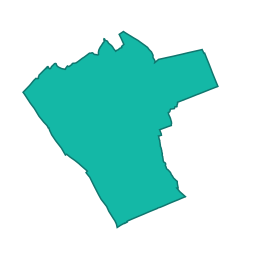 Prundu, Giurgiu, Romania (Mercator projection), rotated 79°
{"feature_id": "2599482B89662234668465", "entity_name": "Prundu", "entity_type": "district", "adm_level": 2, "iso_a3": "ROU", "parent_name": "Romania", "parent_adm1": "Giurgiu", "projection": "mercator", "projection_center": [26.231, 44.069], "detail": "fine", "context": "isolated", "style": "filled", "palette": "teal", "viewbox_px": 256, "rotation_deg": 79, "n_neighbors": 0, "source": "geoboundaries", "source_scale": "gbopen_adm2", "svg_char_len": 5336}
<svg xmlns="http://www.w3.org/2000/svg" viewBox="0 0 256 256"><g transform="rotate(79 128 128)"><path d="M72.9,224.2L74.8,223.3L85.3,219.0L91.0,216.2L99.5,213.1L106.1,209.6L110.2,207.0L111.8,206.5L112.8,206.2L112.8,205.7L115.7,205.3L116.8,205.0L120.1,204.2L126.7,201.4L135.0,197.2L141.4,195.0L142.6,194.6L142.1,193.2L142.7,192.7L145.5,190.4L149.6,186.4L153.6,183.0L155.9,181.3L162.6,176.1L163.8,177.7L167.5,175.8L167.6,175.7L169.1,174.9L177.9,172.5L187.5,169.7L192.5,168.1L192.8,168.0L201.0,163.9L206.1,162.7L213.9,159.7L214.6,159.4L216.5,158.6L218.4,158.1L220.1,157.7L223.6,157.6L222.1,153.9L220.7,149.5L221.0,149.4L220.2,146.8L219.8,147.0L219.6,147.0L219.5,146.7L219.0,145.3L218.9,145.2L218.8,144.9L218.8,144.4L218.4,142.6L217.8,139.9L216.7,134.6L215.6,129.3L214.4,123.9L212.5,114.4L212.2,113.9L212.1,113.2L212.0,111.8L211.3,108.2L210.2,103.3L209.4,99.6L208.6,95.6L208.0,92.4L207.3,89.3L207.0,87.9L206.4,85.0L206.5,84.9L206.4,84.7L205.9,85.1L200.4,89.3L196.3,91.5L196.4,90.2L193.1,90.2L192.5,90.2L191.0,90.1L190.7,90.0L190.2,89.9L189.9,89.9L189.5,90.0L189.3,90.2L188.7,90.8L188.1,91.2L187.8,91.4L186.9,92.0L186.3,92.5L185.6,92.9L185.0,93.1L183.8,93.5L183.1,93.8L182.1,94.3L181.8,94.4L181.4,94.5L181.1,94.5L179.9,94.8L179.7,94.9L178.7,95.4L178.3,95.7L176.8,96.6L176.6,96.8L176.0,97.4L175.5,97.8L175.3,97.9L174.5,98.0L173.8,98.0L172.6,98.3L172.1,98.5L171.8,98.4L171.1,98.1L170.8,98.0L170.6,97.9L170.3,97.9L169.7,98.0L169.3,98.2L169.0,98.5L168.5,99.2L168.3,99.3L167.9,99.4L167.6,99.6L167.4,99.6L167.1,99.6L166.3,99.7L166.0,99.6L164.4,99.5L163.6,99.5L163.0,99.4L162.6,99.4L162.3,99.5L161.4,99.6L160.8,99.6L160.7,99.5L160.3,99.3L160.1,99.3L159.8,99.2L159.6,99.2L159.3,99.2L158.6,99.3L158.2,99.3L157.5,99.3L157.1,99.3L156.4,99.2L155.6,99.3L155.3,99.3L154.9,99.3L154.5,99.3L153.4,99.4L153.1,99.4L152.7,99.6L152.4,99.7L151.8,99.7L151.6,99.7L151.1,99.5L150.6,99.5L150.2,99.5L149.5,99.5L148.8,99.4L147.3,99.4L146.6,99.3L146.2,99.2L145.2,99.5L144.8,99.5L144.4,99.5L143.7,99.6L143.3,99.6L143.0,99.5L142.7,99.4L142.2,99.4L142.0,99.5L141.7,99.6L141.5,96.6L141.4,96.6L140.1,96.5L139.4,96.6L139.2,96.7L136.5,97.1L136.1,97.2L135.7,97.3L135.6,96.4L135.0,92.9L134.9,92.1L134.3,88.6L134.1,87.2L133.8,85.0L133.2,85.0L132.8,84.8L131.9,84.4L131.0,84.3L130.4,84.2L129.4,84.3L128.7,84.4L127.1,84.5L126.8,84.5L126.3,84.6L125.3,84.8L123.1,85.4L122.6,85.5L121.9,85.5L121.2,85.5L120.5,85.5L120.3,84.5L120.2,84.3L120.1,84.1L119.8,83.8L118.6,83.2L117.9,83.0L117.8,82.9L117.7,82.8L117.6,82.7L117.8,78.8L117.2,78.4L116.2,78.0L116.2,77.2L116.4,76.6L116.5,76.1L116.2,75.8L115.9,75.7L114.8,75.5L113.6,74.7L112.2,74.5L110.7,66.3L110.6,65.9L110.5,65.1L108.3,53.6L108.1,52.2L106.1,41.6L105.9,40.7L104.3,31.8L99.4,32.8L91.8,34.3L89.2,34.8L86.7,35.2L80.6,36.3L75.0,37.4L69.1,38.5L69.1,39.2L67.3,39.7L65.1,40.3L65.2,41.1L65.6,55.0L65.8,59.6L65.9,61.8L66.0,65.1L66.0,65.7L66.1,67.5L66.2,70.7L66.3,76.9L66.4,80.2L66.5,84.9L67.8,87.2L68.3,88.1L68.9,89.0L69.0,89.3L68.1,88.9L67.8,88.8L67.5,88.8L67.1,88.8L66.0,89.1L63.9,89.9L63.5,90.0L63.3,90.0L63.0,89.9L62.1,89.7L61.9,89.6L61.7,89.6L61.1,89.6L58.0,90.4L57.7,90.5L56.1,91.6L54.9,92.4L53.1,93.2L52.5,93.5L52.2,93.8L50.7,95.2L50.2,95.6L49.6,96.2L46.5,99.1L46.1,99.5L44.2,101.2L41.8,103.9L40.6,105.3L35.1,111.3L34.2,112.3L32.4,114.1L33.1,115.7L34.4,118.8L38.0,117.8L45.1,116.1L46.7,118.7L47.0,118.8L47.5,118.8L47.9,118.8L48.1,120.4L48.3,121.1L48.8,121.9L49.1,122.1L49.2,122.4L49.3,122.6L49.5,123.7L49.5,124.0L49.7,124.4L50.3,125.4L49.3,125.9L49.2,126.0L47.8,126.8L45.4,127.7L43.9,128.5L42.4,129.8L41.9,130.2L41.7,130.4L40.9,131.0L40.6,131.1L40.1,131.2L39.7,131.4L39.1,131.6L38.8,131.8L38.5,132.0L38.3,132.5L38.0,132.9L37.9,133.2L37.7,133.4L37.3,133.7L36.7,133.9L36.1,134.0L35.8,134.5L36.1,134.7L36.5,134.8L37.6,134.8L38.0,134.8L38.5,134.9L38.8,135.1L39.1,135.3L39.4,135.8L39.7,136.1L39.9,136.4L40.0,136.7L40.1,136.8L40.5,136.9L42.5,138.9L43.2,139.7L44.1,140.4L45.5,141.5L46.7,142.1L47.5,142.4L48.1,142.6L48.9,142.8L50.1,142.9L50.4,143.0L50.8,143.2L50.6,143.2L50.4,144.2L50.1,144.7L49.9,145.1L49.4,146.9L49.3,147.1L47.8,148.1L47.4,148.6L47.3,148.8L47.3,149.2L47.5,149.8L47.2,151.6L50.1,157.5L50.2,157.8L50.8,159.4L53.7,165.3L53.7,165.6L54.0,166.0L54.2,166.8L54.2,167.2L54.2,167.7L54.2,168.5L54.0,169.2L54.0,169.5L54.0,169.8L54.0,170.0L54.2,170.4L54.3,170.6L54.5,170.7L55.0,171.1L55.2,171.4L55.6,172.5L56.1,173.4L56.2,173.6L56.3,173.6L56.4,173.9L56.4,174.2L56.4,174.5L56.2,174.7L56.1,174.9L55.9,175.1L55.7,175.4L55.8,175.5L55.6,175.6L55.7,175.8L56.0,176.2L57.7,178.0L57.8,177.9L58.1,178.0L58.3,178.1L58.5,178.4L58.5,178.6L58.3,179.0L58.2,178.9L58.1,179.1L57.9,179.6L57.5,180.7L57.3,181.2L56.5,182.6L56.2,182.9L55.3,184.2L54.7,184.9L53.5,185.8L53.3,185.9L52.9,186.1L52.7,186.1L51.7,186.2L51.4,186.3L51.2,186.3L51.0,186.5L50.9,186.6L50.8,186.9L50.8,187.8L50.9,188.0L51.0,188.1L51.9,189.4L52.4,190.2L52.9,191.0L53.0,191.1L53.3,191.5L53.6,191.7L54.5,192.4L54.7,192.7L54.8,192.9L54.9,193.0L54.9,193.5L54.7,193.9L54.5,194.1L54.4,194.2L53.5,194.4L53.0,194.6L52.7,194.7L52.5,194.8L52.5,195.0L52.4,195.3L52.4,195.5L52.6,195.7L52.9,195.7L53.2,195.7L53.4,195.7L53.5,195.9L53.6,196.2L53.6,196.3L53.5,196.5L53.4,196.7L53.5,196.8L53.4,196.8L59.1,205.2L59.8,205.5L61.0,206.3L61.4,206.4L61.9,206.4L62.1,206.4L62.3,206.7L62.2,207.6L62.0,208.5L61.7,208.9L63.3,211.4L67.5,216.5L72.9,224.2Z" fill="#14b8a6" stroke="#0f766e" stroke-width="1.5"/></g></svg>